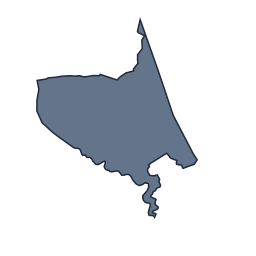 outline of Santa Cruz Acatepec, Oaxaca, Mexico, rotated 57°
{"feature_id": "50627088B90412613448643", "entity_name": "Santa Cruz Acatepec", "entity_type": "district", "adm_level": 2, "iso_a3": "MEX", "parent_name": "Mexico", "parent_adm1": "Oaxaca", "projection": "equal_earth", "projection_center": [-96.874, 18.158], "detail": "fine", "context": "isolated", "style": "filled", "palette": "slate", "viewbox_px": 256, "rotation_deg": 57, "n_neighbors": 0, "source": "geoboundaries", "source_scale": "gbopen_adm2", "svg_char_len": 2939}
<svg xmlns="http://www.w3.org/2000/svg" viewBox="0 0 256 256"><g transform="rotate(57 128 128)"><path d="M38.6,178.3L43.6,180.3L47.0,181.7L48.1,182.7L55.3,189.4L57.4,190.7L64.1,195.2L67.7,195.7L74.5,196.8L76.9,197.2L78.0,196.9L81.9,195.8L88.6,194.1L90.6,193.6L98.0,190.9L100.6,189.9L104.8,188.2L109.7,186.3L114.8,184.3L116.2,183.3L117.5,181.4L119.4,180.0L121.0,180.1L122.7,180.5L125.1,181.1L126.4,180.8L127.0,179.4L127.9,178.2L128.6,178.5L129.3,178.7L130.2,178.5L131.0,177.5L131.7,176.2L132.7,175.7L133.8,175.4L134.7,175.2L136.8,175.6L138.3,175.1L139.0,175.2L139.6,175.2L140.9,174.8L141.9,173.8L142.6,171.9L142.7,169.7L142.7,167.5L143.0,165.8L143.9,165.6L144.8,166.0L145.8,167.0L147.2,168.9L148.8,169.3L150.6,169.3L152.2,168.1L153.1,167.2L154.7,166.8L156.0,165.4L157.0,162.8L158.2,160.3L159.7,159.4L161.6,159.1L163.9,159.1L165.2,157.5L166.0,154.8L166.9,153.2L168.6,152.1L169.5,152.0L171.1,151.9L171.8,152.0L174.0,152.3L174.4,152.3L176.4,152.1L176.9,152.0L178.4,151.8L179.1,151.7L181.5,150.5L182.0,149.9L182.8,149.1L183.2,147.0L183.3,146.5L183.3,143.1L183.8,143.0L184.6,142.4L185.0,141.8L185.4,141.4L186.3,141.3L187.0,141.6L187.3,142.1L188.9,142.9L190.6,145.4L190.9,145.9L191.6,148.3L191.8,149.0L192.8,152.5L193.6,153.0L194.3,153.4L195.0,153.9L197.1,154.4L199.4,154.1L199.6,154.0L201.0,153.1L201.4,152.5L202.4,151.2L203.3,150.9L203.7,150.8L205.2,151.5L205.5,151.9L206.9,153.7L208.7,155.6L209.9,156.8L210.3,157.3L211.7,157.6L212.6,157.8L213.6,157.0L214.3,155.6L215.2,154.7L216.2,154.4L217.4,154.4L215.5,151.4L214.5,151.6L212.7,153.6L212.1,153.6L211.6,153.2L211.4,152.4L211.8,149.5L212.0,148.4L211.9,147.3L211.7,146.5L211.1,145.8L210.3,145.8L207.8,146.6L206.4,146.6L204.1,144.6L203.2,143.4L202.3,143.6L201.6,144.0L201.0,144.9L199.9,145.2L198.0,146.4L197.1,145.8L196.7,143.2L195.3,142.2L195.4,140.3L195.4,139.2L194.2,136.4L194.7,133.8L194.8,133.1L194.1,132.2L193.3,131.8L191.8,131.5L190.2,131.5L188.1,129.3L185.7,129.2L184.4,129.2L183.4,128.9L182.8,130.0L182.6,131.7L181.3,133.4L179.5,135.7L178.0,135.3L176.2,135.4L174.0,134.6L172.7,133.2L172.4,131.7L171.4,130.8L170.0,130.8L169.9,127.5L170.2,111.2L170.2,109.3L173.1,108.9L176.1,108.8L176.9,108.4L177.3,108.1L178.8,107.0L180.3,106.0L181.7,104.8L182.2,104.8L183.0,106.0L183.8,106.5L184.3,106.7L184.8,107.0L185.8,105.9L186.5,105.5L186.8,105.3L187.7,103.8L188.7,103.3L189.8,103.5L191.0,104.0L191.9,103.7L192.3,101.6L192.6,100.3L194.5,92.2L192.6,87.8L192.3,87.3L187.2,87.3L184.8,87.3L142.1,83.2L120.4,77.6L115.3,76.3L95.6,71.3L43.8,58.8L52.0,67.4L53.7,67.4L59.6,63.9L61.8,68.5L69.1,72.7L71.8,80.1L76.6,83.2L79.3,84.6L81.4,91.1L83.2,92.3L80.7,99.7L80.8,105.6L80.9,107.0L81.5,109.8L81.8,111.0L78.3,113.8L67.9,122.1L68.4,123.6L68.1,124.2L65.2,128.3L63.4,132.4L62.3,134.9L62.0,135.5L60.5,138.0L60.0,138.2L57.9,140.0L56.2,143.0L56.1,143.5L55.9,143.8L55.4,144.4L52.6,148.2L48.3,155.7L46.0,161.1L44.2,164.4L42.5,167.8L42.3,170.2L38.6,178.3Z" fill="#64748b" stroke="#1e293b" stroke-width="1.5"/></g></svg>